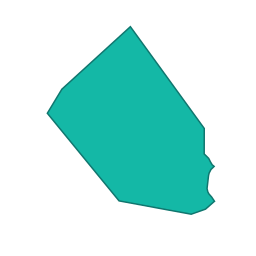 outline of Cedars/Chu Tigre, Choiseul, Saint Lucia, rotated 77°
{"feature_id": "8701671B42521441086623", "entity_name": "Cedars/Chu Tigre", "entity_type": "district", "adm_level": 2, "iso_a3": "LCA", "parent_name": "Saint Lucia", "parent_adm1": "Choiseul", "projection": "mercator", "projection_center": [-61.046, 13.77], "detail": "fine", "context": "isolated", "style": "filled", "palette": "teal", "viewbox_px": 256, "rotation_deg": 77, "n_neighbors": 0, "source": "geoboundaries", "source_scale": "gbopen_adm2", "svg_char_len": 447}
<svg xmlns="http://www.w3.org/2000/svg" viewBox="0 0 256 256"><g transform="rotate(77 128 128)"><path d="M184.2,53.1L182.9,54.2L179.5,55.3L175.8,56.2L170.4,59.6L145.6,53.8L29.8,102.9L75.3,183.7L95.5,203.3L197.0,153.1L217.3,106.4L226.2,85.8L224.5,70.7L219.2,60.9L218.9,60.2L214.1,62.0L210.4,64.0L208.2,64.6L204.8,64.6L198.3,62.3L192.4,60.2L190.2,59.1L187.1,56.5L184.8,52.7L184.2,53.1Z" fill="#14b8a6" stroke="#0f766e" stroke-width="1.5"/></g></svg>